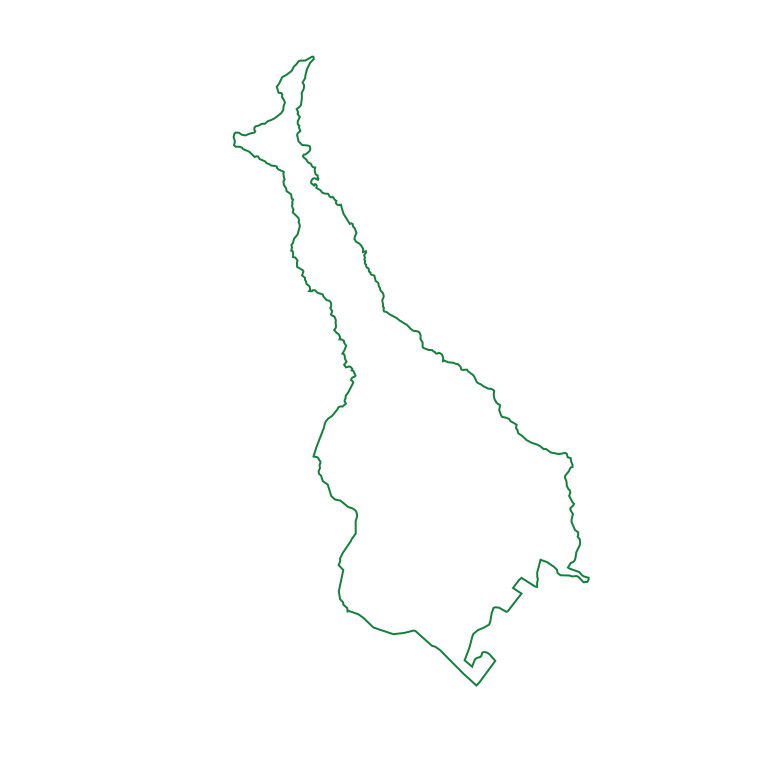 North Imenti, Eastern, Kenya, rotated 223°
{"feature_id": "3690345B12906040129315", "entity_name": "North Imenti", "entity_type": "district", "adm_level": 2, "iso_a3": "KEN", "parent_name": "Kenya", "parent_adm1": "Eastern", "projection": "robinson", "projection_center": [37.763, 0.044], "detail": "fine", "context": "isolated", "style": "outline", "palette": "green", "viewbox_px": 768, "rotation_deg": 223, "n_neighbors": 0, "source": "geoboundaries", "source_scale": "gbopen_adm2", "svg_char_len": 6166}
<svg xmlns="http://www.w3.org/2000/svg" viewBox="0 0 768 768"><g transform="rotate(223 384 384)"><path d="M100.3,378.1L101.0,380.5L102.2,381.9L106.0,379.8L108.5,379.2L113.0,379.6L122.8,375.4L124.3,375.2L125.4,380.6L124.3,382.6L124.2,384.7L124.9,386.7L128.6,392.1L131.0,399.9L132.9,402.4L134.9,403.9L138.3,404.4L138.8,405.7L140.7,407.9L144.8,407.5L152.8,411.0L154.1,412.4L157.2,417.8L161.7,419.0L163.0,420.2L162.8,424.3L163.3,426.0L165.5,426.1L172.3,428.4L173.7,431.7L175.7,433.0L177.2,432.9L180.5,434.0L184.1,437.2L187.8,438.9L188.9,440.5L189.3,446.4L190.4,449.2L190.3,450.7L189.5,451.8L190.8,453.3L194.3,455.0L196.9,457.1L199.8,455.7L202.4,457.5L204.2,457.4L208.4,452.0L215.2,447.7L221.4,446.9L222.7,445.3L227.3,445.1L231.0,444.0L236.2,441.6L241.7,440.2L247.7,440.3L252.0,439.5L255.2,441.4L257.4,441.8L259.2,444.7L266.2,443.1L268.5,443.8L272.4,442.3L274.8,440.6L276.5,440.7L281.9,443.4L284.7,447.7L288.7,447.0L292.9,448.3L296.4,450.9L298.7,454.1L300.2,454.2L302.2,453.6L304.8,451.6L309.9,450.1L312.7,449.9L315.7,448.8L317.4,448.7L323.4,451.1L325.2,451.3L331.1,450.6L333.1,451.1L336.1,447.9L337.4,447.4L339.9,448.9L343.6,448.9L345.4,447.6L347.5,447.0L352.1,443.5L355.7,442.4L356.4,440.9L358.5,443.4L360.0,444.3L361.7,445.1L363.5,444.9L365.2,444.2L365.8,442.4L367.0,441.7L368.5,442.1L369.8,441.6L371.8,441.7L374.5,439.4L379.6,437.3L381.0,437.4L384.1,440.7L387.9,441.7L390.4,444.6L393.3,445.9L395.2,445.5L398.9,442.9L402.2,442.5L407.2,442.9L415.9,441.1L419.7,440.9L426.3,439.0L431.3,438.3L433.5,437.1L434.6,437.6L436.2,439.8L437.6,439.8L438.5,441.2L442.3,443.9L443.6,447.4L444.9,448.7L446.8,449.7L450.4,450.0L452.5,451.5L454.4,451.9L457.0,454.0L460.4,453.7L465.0,456.7L467.7,455.4L469.0,455.4L469.9,456.3L471.6,456.0L474.0,458.0L475.7,457.5L477.5,458.0L478.6,459.1L480.1,459.0L482.2,461.4L483.4,461.8L484.0,463.4L486.4,464.7L486.7,467.9L487.8,468.8L489.4,466.2L491.3,468.5L495.6,469.8L498.2,469.8L501.4,469.0L504.6,469.9L506.1,472.5L507.1,475.6L511.3,477.8L514.4,478.2L515.9,479.6L517.4,479.3L518.2,477.8L529.8,480.9L537.9,485.8L539.0,483.9L540.9,483.2L542.6,483.5L543.7,485.4L545.5,485.2L549.2,485.9L550.0,484.3L551.8,484.1L554.5,485.0L557.6,482.6L559.7,481.9L563.0,482.3L567.2,481.3L568.2,482.8L569.5,483.6L570.8,483.0L570.5,481.5L574.0,481.2L575.2,482.2L576.0,484.0L576.0,486.1L574.8,487.3L571.5,488.2L572.1,489.5L573.5,489.9L574.7,491.3L576.9,490.7L579.2,492.0L580.9,493.5L582.0,495.4L583.7,494.2L585.2,494.2L587.7,495.2L590.9,494.2L593.8,495.2L597.2,494.9L598.8,495.4L599.1,497.1L597.9,498.5L597.3,503.1L597.7,505.0L598.8,506.2L600.4,507.2L602.3,506.5L606.8,503.0L612.0,503.2L617.3,506.8L618.1,508.4L617.7,511.9L621.0,513.6L622.1,515.1L624.0,515.1L625.5,516.4L626.5,518.0L627.6,521.9L631.4,522.6L632.0,524.2L635.4,525.5L634.7,528.7L635.0,531.4L639.1,537.2L642.7,540.8L644.0,545.1L645.0,546.6L646.3,548.1L649.1,548.9L650.3,554.0L651.6,555.5L655.1,561.9L657.1,568.6L657.0,573.9L658.9,575.2L659.9,574.2L662.1,567.0L665.8,563.3L666.6,561.9L666.1,558.2L666.4,554.7L665.1,550.5L665.2,549.1L666.2,543.4L667.7,538.9L665.6,532.2L665.1,528.2L659.7,525.1L657.4,526.8L655.5,526.1L654.4,524.3L651.2,523.6L648.4,522.3L646.8,518.5L644.5,515.5L643.9,511.8L645.2,503.7L646.9,499.3L648.1,497.4L648.7,492.9L650.0,491.9L651.1,490.3L651.9,487.5L653.6,484.9L653.5,483.0L652.1,481.4L650.5,481.1L650.2,479.6L652.8,475.8L654.9,471.3L658.2,469.2L661.3,468.9L664.0,466.7L664.1,465.1L662.3,461.9L658.5,459.8L656.4,456.3L654.3,456.4L651.6,458.9L649.1,460.0L647.4,459.7L640.9,462.0L633.4,461.8L632.7,463.4L631.3,464.5L628.4,463.7L622.9,465.7L620.5,465.4L618.3,466.4L615.3,467.0L612.4,469.2L610.6,469.9L609.6,469.1L607.8,468.9L602.0,470.8L600.8,469.0L597.8,466.6L596.2,465.9L595.8,463.7L593.0,461.3L589.0,460.3L586.8,458.6L581.2,459.4L577.9,456.6L576.4,456.9L575.1,454.3L573.9,453.5L573.2,452.1L570.7,450.3L569.3,450.0L567.8,447.3L560.0,447.1L557.9,445.9L556.7,444.1L554.5,443.1L553.1,441.9L549.1,434.2L548.9,429.0L546.8,425.0L546.4,422.4L544.6,421.3L542.7,418.2L541.6,418.8L540.3,418.3L537.0,414.8L535.1,416.0L531.4,415.3L530.5,413.5L527.4,410.4L521.2,411.8L519.6,411.3L518.0,407.5L514.3,407.8L513.0,406.4L511.0,405.8L508.8,404.3L505.3,404.7L502.4,402.9L502.1,400.9L499.9,402.7L499.9,404.2L498.4,405.5L494.9,405.4L489.9,407.7L487.8,406.6L483.3,406.2L480.6,407.6L479.3,407.5L477.7,406.9L476.4,405.6L475.4,404.5L475.1,402.9L471.6,402.0L470.1,398.7L468.7,398.6L466.3,399.5L462.8,397.9L461.3,395.9L458.2,393.3L457.5,391.7L457.2,389.5L453.9,389.1L450.6,389.5L447.9,388.2L447.0,386.3L445.4,387.7L442.6,388.2L441.7,387.2L437.7,386.1L435.9,381.5L435.1,377.8L433.4,378.5L431.4,377.4L430.0,375.9L426.5,374.7L426.3,370.9L423.2,370.2L421.3,373.2L419.5,373.7L417.4,373.4L416.9,371.9L415.3,372.7L410.5,370.6L410.6,368.9L411.5,367.4L411.5,365.8L410.7,364.4L408.9,364.6L407.4,364.0L404.6,354.1L403.9,349.2L402.1,346.9L401.9,345.5L400.8,344.4L398.5,343.7L398.9,339.3L400.6,337.8L401.5,335.8L400.8,334.0L400.2,325.3L401.2,320.7L401.1,317.2L400.4,315.0L398.0,310.8L390.2,291.4L386.1,282.9L383.0,284.9L381.3,285.0L379.8,284.2L377.8,284.0L376.6,282.8L375.9,280.8L373.4,278.8L372.4,275.8L370.5,274.0L367.4,274.0L362.5,271.2L356.6,272.1L346.2,266.1L341.1,266.1L336.3,269.0L326.3,269.6L322.1,271.6L319.9,271.9L317.6,271.9L314.9,270.3L313.4,268.9L311.1,264.2L302.7,255.4L301.8,248.3L301.1,246.4L298.9,232.2L297.2,226.6L295.2,224.6L293.6,220.6L286.9,220.2L275.7,201.6L269.4,196.7L264.9,196.4L263.1,194.8L258.1,195.1L255.5,192.8L255.0,194.0L245.8,198.1L239.8,198.9L225.6,198.7L206.5,207.4L199.4,215.8L194.1,224.0L192.3,224.8L170.6,225.2L167.3,226.8L161.4,227.6L128.7,226.3L110.7,226.5L110.7,230.7L113.8,257.4L122.6,258.3L125.5,257.8L127.6,256.6L128.7,255.4L128.7,254.0L127.5,251.9L127.3,250.4L129.2,246.9L129.7,244.8L126.8,237.4L136.6,236.9L141.6,249.2L147.5,260.2L148.2,262.3L147.4,268.2L144.9,273.7L143.0,279.7L144.3,282.7L148.9,289.8L151.2,294.8L150.5,296.4L147.5,298.8L139.2,300.8L138.5,302.1L140.5,324.5L150.5,322.8L151.5,332.5L151.2,336.0L135.5,338.9L133.6,340.0L136.4,343.0L138.5,346.4L140.2,347.3L143.4,350.6L149.6,362.2L143.4,364.9L135.2,366.2L130.7,366.1L128.1,364.1L124.5,364.5L117.5,370.6L115.4,371.4L112.1,374.9L110.6,375.5L102.9,375.1L100.3,378.1Z" fill="none" stroke="#15803d" stroke-width="2"/></g></svg>